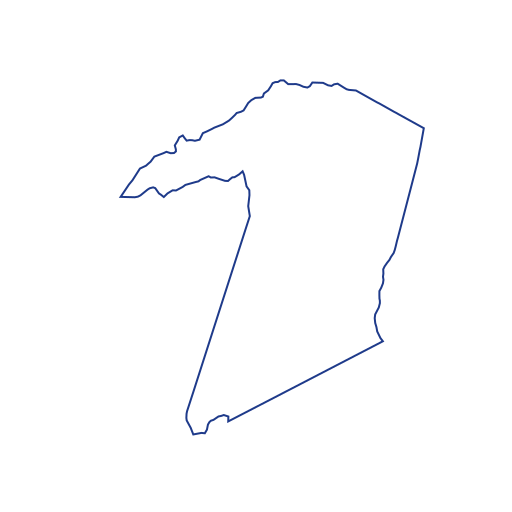 outline of Tacaratu, Pernambuco, Brazil, rotated 198°
{"feature_id": "56859067B10052664253182", "entity_name": "Tacaratu", "entity_type": "district", "adm_level": 2, "iso_a3": "BRA", "parent_name": "Brazil", "parent_adm1": "Pernambuco", "projection": "mercator", "projection_center": [-38.018, -8.913], "detail": "fine", "context": "isolated", "style": "outline", "palette": "blue", "viewbox_px": 512, "rotation_deg": 198, "n_neighbors": 0, "source": "geoboundaries", "source_scale": "gbopen_adm2", "svg_char_len": 2222}
<svg xmlns="http://www.w3.org/2000/svg" viewBox="0 0 512 512"><g transform="rotate(198 256 256)"><path d="M231.3,90.1L208.1,113.6L185.1,136.9L109.0,214.1L112.3,216.4L117.4,221.7L119.5,225.6L121.9,229.1L123.9,233.6L124.6,237.3L123.3,245.0L123.6,249.4L124.4,251.8L125.4,253.6L126.6,257.0L127.8,260.8L127.1,264.5L126.8,269.2L127.4,272.7L128.8,275.5L129.4,278.6L130.9,282.7L130.5,285.8L129.2,290.1L127.9,293.5L127.4,296.6L126.8,298.7L126.0,301.3L125.9,304.6L126.1,308.2L126.6,314.2L126.7,317.1L129.7,367.4L131.3,393.7L131.9,398.8L133.0,407.2L133.3,410.5L133.7,413.4L135.9,429.4L164.4,434.9L166.7,435.4L169.2,435.8L174.1,436.8L186.0,439.2L188.2,439.5L203.2,442.5L212.1,444.3L219.0,442.7L221.4,442.6L224.5,443.3L231.6,445.1L234.8,443.4L236.7,441.1L240.2,440.6L245.7,441.4L256.0,438.4L257.3,434.1L259.2,432.1L263.3,431.6L267.5,432.1L271.1,431.9L273.9,430.9L278.5,429.4L283.8,431.6L287.1,430.5L288.9,428.3L291.5,427.3L293.6,425.5L294.3,422.0L295.6,417.3L298.7,413.0L298.7,409.6L300.3,408.2L305.5,406.2L308.6,402.8L310.7,399.1L311.7,394.9L312.8,390.6L314.9,388.5L318.6,386.0L319.5,383.8L321.6,379.8L323.5,376.5L328.2,371.0L335.3,365.2L337.1,363.3L341.0,359.5L344.5,356.4L345.6,349.2L349.7,346.7L352.5,346.4L355.0,345.7L357.6,344.3L360.2,346.0L362.9,348.0L365.7,345.1L366.1,341.5L367.4,336.1L365.2,332.7L364.5,330.7L365.8,328.6L368.9,327.4L373.4,327.4L375.8,325.2L383.4,319.1L384.2,316.7L385.4,313.1L387.0,310.5L388.5,307.9L393.4,303.3L396.9,289.8L398.9,284.8L402.0,273.9L403.0,270.4L389.5,274.4L386.7,275.9L384.6,278.0L379.6,285.7L378.0,287.6L375.0,289.5L372.8,289.4L367.6,285.5L365.6,285.0L361.9,283.6L359.5,288.2L355.6,292.7L352.3,293.6L347.1,299.0L345.1,301.8L336.1,307.8L333.8,309.2L332.5,311.1L325.7,317.2L323.2,316.7L319.7,318.0L315.3,317.9L308.7,317.9L305.8,318.7L304.4,321.1L302.8,323.5L300.8,324.3L299.2,326.1L297.2,328.5L294.9,332.4L292.4,329.5L286.5,319.3L282.7,316.5L281.0,311.8L278.8,301.0L274.2,292.0L274.2,279.2L274.1,246.4L273.9,184.2L273.6,108.2L273.6,87.0L273.3,84.5L272.2,80.5L271.1,78.2L264.9,72.3L263.3,70.3L260.5,66.9L253.2,70.9L249.9,71.6L249.0,75.7L249.6,80.8L249.0,83.6L248.0,85.4L245.8,87.0L242.1,91.8L239.6,93.2L237.5,94.8L232.7,94.8L231.3,90.1Z" fill="none" stroke="#1e3a8a" stroke-width="2"/></g></svg>